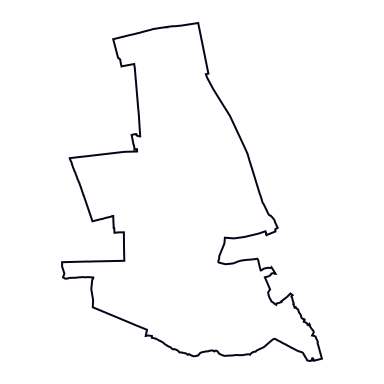 outline of Marasesti, Vrancea, Romania
{"feature_id": "2599482B85987825667227", "entity_name": "Marasesti", "entity_type": "district", "adm_level": 2, "iso_a3": "ROU", "parent_name": "Romania", "parent_adm1": "Vrancea", "projection": "orthographic", "projection_center": [27.242, 45.901], "detail": "fine", "context": "isolated", "style": "outline", "palette": "ink", "viewbox_px": 384, "rotation_deg": 0, "n_neighbors": 0, "source": "geoboundaries", "source_scale": "gbopen_adm2", "svg_char_len": 5925}
<svg xmlns="http://www.w3.org/2000/svg" viewBox="0 0 384 384"><path d="M152.4,337.8L156.1,338.8L157.8,339.7L159.4,340.7L160.2,340.9L161.5,341.7L161.8,341.8L162.1,342.0L162.3,342.2L163.2,342.6L164.8,344.2L165.8,344.8L166.3,344.9L166.5,345.2L166.8,345.5L167.3,345.7L168.0,346.2L168.7,346.5L169.0,346.7L170.3,347.1L170.9,347.6L171.3,348.2L171.8,348.5L172.0,348.6L172.5,349.0L173.1,349.3L173.6,349.3L174.0,349.1L174.4,349.1L176.2,349.7L176.9,350.2L177.5,350.4L178.2,350.9L178.6,351.5L179.5,352.4L180.8,352.4L181.1,352.4L181.2,352.5L181.8,352.5L182.1,352.7L182.5,352.8L183.6,352.8L185.0,353.3L185.7,353.3L186.4,353.7L187.3,354.4L187.8,354.8L188.0,354.8L188.7,354.2L189.5,354.3L190.7,355.1L191.2,355.4L191.8,355.5L192.2,355.9L193.1,356.1L194.9,356.3L196.1,356.0L196.9,355.6L197.6,355.7L198.2,355.4L198.3,355.2L199.0,354.5L199.7,353.4L201.4,352.4L203.6,351.9L205.8,351.5L208.2,351.3L210.2,350.6L211.0,350.6L211.5,350.5L212.3,350.4L213.1,350.6L213.7,351.2L214.5,351.4L215.0,350.9L215.3,350.7L216.3,350.7L216.6,350.8L217.1,351.1L218.3,352.3L218.6,352.8L219.1,353.7L219.6,353.8L220.7,354.5L221.4,354.8L223.8,355.7L225.0,355.9L226.2,355.8L228.1,355.6L232.4,355.5L235.9,355.0L238.3,355.1L239.9,355.1L242.1,355.2L242.9,355.0L245.3,354.7L246.4,354.4L248.8,354.3L249.3,354.3L250.0,354.7L250.1,354.4L250.5,354.1L250.8,353.7L251.1,353.4L251.4,353.2L252.9,352.2L253.5,351.9L255.6,351.6L256.0,351.4L256.5,350.6L263.9,347.1L272.4,339.8L273.5,339.1L274.2,338.9L274.7,338.9L275.7,339.2L278.1,340.6L280.2,341.6L283.1,343.3L283.6,343.5L285.9,344.6L288.1,345.9L289.2,346.4L292.0,348.0L293.3,348.5L295.1,349.6L297.6,350.8L298.4,351.2L300.9,351.9L302.4,352.5L303.1,353.1L303.5,353.7L303.8,354.7L304.1,355.1L304.6,355.4L304.7,355.7L304.9,356.6L305.1,356.9L305.8,357.6L306.5,358.9L307.0,360.1L307.2,360.3L307.7,360.6L308.7,360.7L309.3,361.0L310.1,360.9L310.7,360.7L311.3,360.7L311.7,360.4L312.0,359.2L312.1,358.5L312.2,358.3L312.4,358.2L313.3,358.7L313.4,358.9L313.4,359.1L313.0,359.2L312.8,359.4L312.7,359.6L312.7,360.1L313.0,360.5L313.6,360.8L314.4,360.7L315.1,360.4L321.9,358.7L317.9,344.1L317.6,343.4L317.8,341.7L317.5,341.0L317.3,340.4L317.0,339.8L316.5,339.2L316.0,337.7L315.5,336.5L314.1,335.9L312.1,335.5L312.3,335.1L313.7,332.6L313.7,332.2L313.4,330.9L313.1,330.4L311.8,329.1L310.1,326.5L309.9,325.1L309.4,324.1L308.9,324.9L308.4,325.2L308.0,324.9L307.4,324.7L307.4,323.9L307.2,323.4L306.2,322.9L305.7,322.5L303.7,321.7L304.0,320.8L304.7,319.8L304.1,319.1L303.8,319.0L303.4,319.2L301.9,318.3L301.5,317.6L301.0,316.5L301.0,315.6L300.8,315.1L300.5,314.5L299.0,312.4L298.0,309.4L296.2,308.2L295.7,307.1L294.6,307.6L294.3,306.5L293.3,304.3L293.8,304.0L293.6,303.1L293.5,302.6L293.2,302.0L292.8,300.7L292.6,300.0L292.2,298.0L291.4,296.5L291.5,296.2L292.6,295.2L290.4,293.5L288.5,295.5L286.5,297.4L283.9,299.3L282.7,300.3L281.4,301.2L281.7,301.9L281.6,302.0L278.7,303.0L276.6,303.5L276.2,304.8L274.2,303.5L273.4,302.6L272.7,302.3L271.4,301.4L271.0,300.2L270.2,299.1L269.4,297.4L269.1,296.6L268.5,294.8L268.4,294.0L268.2,292.5L268.3,292.1L268.5,291.7L270.1,289.4L269.9,289.0L264.9,277.3L267.9,276.5L269.3,276.0L270.7,274.8L271.1,274.0L271.7,273.5L272.0,273.4L273.6,273.1L273.9,273.2L274.3,273.7L274.6,273.8L275.6,273.8L271.5,267.3L271.2,267.8L270.6,268.0L268.7,267.8L266.7,268.0L263.8,268.7L261.9,270.0L260.8,270.5L260.6,270.2L259.7,266.9L258.2,260.2L258.0,259.7L257.2,258.7L255.8,259.0L251.7,259.5L245.4,260.0L241.1,260.6L237.7,261.6L233.9,263.2L233.0,263.4L229.1,263.9L227.6,264.0L226.4,264.2L224.9,264.1L218.9,262.6L218.5,262.3L218.4,262.1L218.3,261.8L218.4,261.1L219.1,258.8L219.3,256.1L224.4,243.5L224.9,237.7L234.0,238.4L244.3,237.0L258.6,233.6L265.4,231.3L266.1,232.9L266.1,233.3L266.0,234.3L266.3,234.9L266.6,235.2L266.9,234.9L275.4,231.5L275.5,231.2L275.5,230.9L275.2,230.0L275.2,229.6L275.3,229.3L275.8,228.8L276.6,228.5L277.7,227.9L275.2,222.5L274.5,220.4L274.2,219.7L271.9,216.9L270.9,215.9L270.7,215.7L269.7,215.4L268.8,214.7L267.3,211.8L266.6,210.2L263.8,204.4L262.6,202.6L262.3,201.8L261.9,200.2L261.3,198.0L259.5,193.0L252.3,169.5L249.7,161.3L247.5,153.7L243.4,144.7L230.0,116.0L219.6,99.4L213.2,89.0L207.3,78.0L206.7,76.6L205.9,74.2L207.6,73.8L208.4,73.6L198.2,23.0L180.7,25.7L178.6,25.8L176.7,26.1L172.3,26.3L168.5,26.7L167.9,26.8L167.8,27.2L167.7,27.2L166.0,27.3L166.0,27.1L165.0,27.2L165.0,27.3L161.1,27.8L155.7,28.7L153.3,29.0L151.9,29.5L141.9,32.1L138.7,33.1L138.0,33.1L134.4,34.1L129.7,35.1L113.2,39.2L116.1,50.2L116.8,52.9L117.0,53.7L117.3,55.0L117.5,55.6L118.0,57.5L118.3,57.8L118.5,58.4L118.6,58.5L119.4,58.6L119.8,59.1L120.3,59.9L120.5,61.7L121.5,66.4L134.2,64.0L134.9,69.0L135.6,77.8L136.0,82.1L138.1,107.3L138.8,114.4L139.5,125.7L140.2,136.4L139.8,136.5L139.5,136.4L138.4,136.0L137.3,135.8L137.2,135.5L136.5,135.2L136.4,134.1L135.7,134.1L133.5,134.4L133.0,134.6L131.6,135.0L132.1,137.3L133.3,143.5L133.3,143.9L133.9,145.2L134.3,147.2L134.4,149.4L137.0,149.2L137.1,151.5L125.5,151.8L123.8,151.9L82.6,156.7L78.6,157.1L69.7,158.2L69.7,158.5L70.7,160.8L71.7,162.8L71.8,163.2L71.8,164.0L72.5,165.6L72.9,167.1L73.1,167.8L73.6,168.5L73.9,169.7L75.0,172.3L75.5,173.0L75.5,173.5L76.9,177.1L77.5,179.1L77.8,179.4L79.1,182.7L79.4,183.0L79.9,184.9L80.7,186.8L82.5,192.3L83.5,195.0L83.4,195.3L83.8,195.7L84.0,196.4L92.5,221.3L100.8,219.2L102.4,218.9L103.1,218.8L103.2,218.7L104.6,218.2L110.8,216.7L111.6,216.4L112.0,216.1L113.2,216.0L113.7,228.0L114.2,228.0L114.5,232.8L118.3,232.4L121.9,232.3L123.9,232.3L124.0,246.5L124.3,260.8L90.4,261.5L89.7,261.7L89.0,261.7L88.4,261.5L62.1,262.2L62.1,266.6L64.4,273.6L63.0,277.3L65.1,278.6L66.0,278.7L67.7,278.5L68.9,278.0L69.8,277.9L76.1,277.7L79.3,277.3L83.0,277.1L85.6,277.3L87.3,277.1L88.3,277.1L93.3,277.5L93.2,278.3L93.0,278.7L92.5,279.4L92.2,280.0L91.3,289.1L91.4,290.0L93.0,299.4L93.1,300.5L92.8,307.3L124.8,320.6L135.7,325.2L146.8,329.7L147.0,329.8L145.7,336.0L146.4,335.9L147.3,335.6L148.4,335.5L151.9,336.0L151.9,337.8L152.4,337.8Z" fill="none" stroke="#020617" stroke-width="2"/></svg>